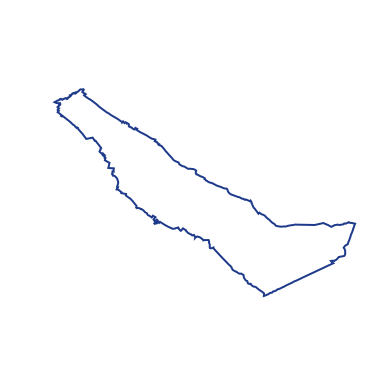 outline of Danesti, Harghita, Romania, rotated 210°
{"feature_id": "2599482B45137216184819", "entity_name": "Danesti", "entity_type": "district", "adm_level": 2, "iso_a3": "ROU", "parent_name": "Romania", "parent_adm1": "Harghita", "projection": "mercator", "projection_center": [25.693, 46.518], "detail": "fine", "context": "isolated", "style": "outline", "palette": "blue", "viewbox_px": 384, "rotation_deg": 210, "n_neighbors": 0, "source": "geoboundaries", "source_scale": "gbopen_adm2", "svg_char_len": 6000}
<svg xmlns="http://www.w3.org/2000/svg" viewBox="0 0 384 384"><g transform="rotate(210 192 192)"><path d="M336.9,226.5L337.2,226.6L337.4,226.7L338.2,226.0L339.9,225.1L340.5,223.7L340.7,222.6L341.0,222.1L341.1,221.6L341.4,221.3L341.5,220.9L341.8,220.6L341.8,220.2L342.2,220.2L342.1,219.7L342.1,219.1L342.2,218.9L342.6,218.7L343.0,218.9L343.2,219.2L343.4,219.2L343.6,218.8L344.2,218.3L344.1,218.1L344.3,217.9L344.6,217.7L344.5,217.3L344.9,217.1L345.0,216.2L345.5,215.5L345.0,215.5L344.9,215.3L345.0,214.7L345.2,214.4L345.8,214.2L345.4,213.8L345.6,212.8L346.1,212.5L346.4,211.7L346.9,211.4L347.0,211.0L346.9,210.9L346.5,210.8L346.4,210.7L346.5,210.3L346.8,210.0L347.5,209.9L348.6,210.0L350.5,207.0L351.2,207.3L351.7,207.2L352.4,206.7L352.5,206.3L352.8,206.4L353.3,205.0L353.7,204.3L354.3,203.8L355.0,202.6L355.9,201.1L353.9,201.3L351.9,202.2L351.6,202.2L351.0,202.8L350.9,202.6L350.1,202.5L349.9,202.2L349.8,201.6L350.2,200.9L350.1,200.6L350.2,200.3L350.6,200.3L350.5,199.7L350.9,198.3L348.9,197.9L349.1,197.0L349.5,196.2L349.3,195.9L349.1,196.2L348.2,195.7L347.9,195.7L348.1,193.9L347.2,193.9L343.1,193.3L343.3,192.4L342.4,192.4L342.2,193.2L332.6,191.8L328.5,190.8L327.7,190.9L326.9,190.8L326.2,190.4L324.1,189.8L323.9,190.4L323.1,190.5L322.7,190.4L322.2,189.8L321.4,189.4L315.9,187.6L310.1,185.1L305.2,189.4L301.8,187.7L301.3,188.2L292.7,184.7L292.9,183.8L292.3,183.1L292.5,181.6L292.4,180.9L291.7,180.5L289.0,180.0L288.8,180.0L288.6,180.9L286.4,180.3L287.0,179.8L285.8,179.4L285.9,179.2L287.1,179.5L287.3,179.2L284.1,178.3L284.3,177.6L283.8,177.5L283.3,175.9L278.0,176.0L276.5,171.0L273.3,172.5L272.1,173.2L271.5,173.4L271.0,172.1L270.0,170.5L271.1,170.1L270.3,167.9L270.0,168.1L269.8,168.0L269.4,167.5L269.1,166.9L268.8,166.6L268.2,166.9L267.0,167.2L265.2,166.8L263.5,166.1L261.0,163.9L260.2,162.3L259.8,160.6L259.5,159.0L258.5,159.2L258.6,156.5L258.3,156.5L258.2,157.4L252.9,156.5L252.9,155.8L252.3,155.8L248.1,157.3L247.6,155.9L243.1,155.4L242.5,155.5L239.3,154.6L234.2,152.6L233.2,152.3L232.8,151.7L232.7,151.2L232.6,151.3L232.4,151.2L231.9,150.6L231.6,150.5L231.2,150.9L230.2,151.4L229.3,151.7L228.7,151.7L228.1,151.6L227.7,151.8L227.4,151.7L227.1,152.0L224.5,151.7L222.6,151.0L220.6,151.1L219.6,150.4L218.5,150.0L216.7,150.1L214.6,150.0L214.1,149.9L214.0,151.9L211.1,151.9L211.5,148.9L209.9,148.1L209.4,147.9L208.7,150.5L207.8,150.3L207.2,150.0L208.4,147.5L208.9,146.0L208.2,145.8L207.4,147.8L206.7,147.4L205.8,149.1L205.0,148.9L204.8,150.1L198.2,149.9L195.4,150.0L190.2,150.5L188.3,152.0L188.2,152.3L186.2,154.4L185.8,154.2L185.7,153.7L184.4,153.4L183.8,153.0L182.3,152.8L182.0,153.5L181.9,154.7L181.6,156.0L179.5,155.8L178.6,156.0L177.4,155.2L176.5,155.1L175.2,154.6L173.3,154.6L171.4,154.8L171.0,154.6L170.1,154.5L169.0,155.8L168.7,155.7L167.9,155.1L167.2,155.0L166.6,154.6L166.3,153.8L166.0,154.9L165.3,156.0L163.1,156.6L162.0,156.7L158.3,156.2L158.0,155.8L157.3,156.5L153.8,158.6L153.5,158.7L152.5,157.8L152.1,156.8L151.8,156.5L150.7,155.7L150.0,154.8L148.8,152.7L148.4,152.4L147.4,152.8L146.4,153.6L145.7,154.7L144.8,153.8L134.1,150.5L123.6,147.5L121.9,147.2L120.4,146.7L118.5,145.3L117.6,144.9L114.7,144.9L113.9,145.1L110.6,144.9L109.8,145.1L108.4,146.0L107.8,145.8L106.1,146.0L104.7,144.4L104.2,143.8L101.8,142.5L101.0,142.3L99.7,142.5L99.1,142.1L98.0,140.9L97.6,140.9L96.4,141.0L95.8,141.5L95.3,141.8L95.2,141.6L93.8,141.1L92.4,140.9L91.2,140.9L90.3,141.4L89.2,141.6L85.3,140.9L80.7,140.6L78.9,140.2L77.8,137.9L76.1,139.9L75.9,140.3L74.9,141.5L73.9,143.6L72.8,144.5L72.1,145.4L72.1,146.1L71.9,146.6L71.0,147.3L70.0,148.6L69.4,149.9L69.1,150.7L68.2,151.4L66.6,153.7L65.7,155.2L65.3,155.5L63.8,158.1L59.6,164.1L59.2,165.1L57.1,167.7L56.3,169.0L55.4,170.1L53.8,172.6L34.0,201.0L35.9,201.2L37.2,201.7L36.2,202.6L35.5,203.0L34.2,203.5L34.0,204.3L33.5,204.9L32.9,206.3L32.7,207.3L32.4,209.0L31.7,209.6L31.0,210.4L29.7,211.3L28.4,212.6L28.1,213.0L28.2,214.6L29.1,216.3L29.7,217.1L30.2,218.0L31.2,218.8L32.8,219.6L32.5,222.0L32.1,222.9L31.0,224.7L31.7,227.8L31.7,228.8L31.9,229.5L32.1,230.9L33.0,234.7L33.0,235.7L33.2,236.2L33.3,237.5L33.8,240.3L34.0,240.7L34.3,242.7L34.6,244.0L34.9,246.1L38.1,245.1L40.3,244.1L41.1,244.3L41.9,243.1L42.1,242.7L42.5,242.3L42.7,241.9L43.1,241.4L44.4,240.9L44.6,240.3L44.7,239.9L44.9,239.6L46.2,238.5L46.9,237.8L47.8,237.2L49.6,236.5L52.0,234.5L53.9,231.5L57.4,231.4L62.7,230.8L69.2,224.8L86.6,215.2L87.6,214.2L90.1,212.3L92.0,210.7L93.4,209.1L95.5,207.9L97.1,206.7L100.1,205.4L102.4,204.7L104.5,205.5L106.9,205.5L108.8,205.9L110.7,206.5L114.3,207.0L117.2,207.9L118.9,207.9L120.7,207.5L123.3,207.8L123.6,206.4L129.5,209.0L130.9,209.3L135.5,212.7L135.4,212.9L137.1,213.9L137.6,212.9L141.6,212.5L141.9,211.9L143.2,211.6L144.0,211.8L145.4,211.2L148.2,211.2L149.6,210.7L157.2,209.4L158.5,209.5L160.5,210.1L163.0,212.1L164.3,212.0L165.7,211.3L167.3,211.0L169.9,210.8L170.8,210.5L174.2,209.9L176.4,209.9L177.5,209.7L178.3,209.9L181.9,209.0L183.6,208.9L184.3,209.1L185.6,209.0L186.7,209.4L187.5,209.4L187.8,210.3L190.2,210.3L193.2,209.8L196.5,209.8L196.9,209.5L197.9,209.9L198.5,210.7L198.6,211.0L198.8,212.3L199.7,212.7L200.8,212.7L202.0,212.6L203.5,212.0L205.9,210.9L206.2,210.5L206.6,210.3L207.5,210.1L211.1,210.2L213.5,209.6L214.9,209.6L216.6,209.7L217.1,209.8L217.7,210.4L218.6,210.9L220.8,210.5L223.7,210.4L226.4,211.4L230.9,212.8L233.1,213.6L235.2,214.2L237.4,215.2L241.4,216.6L243.9,216.2L244.0,216.8L245.0,216.5L245.1,217.1L247.5,217.4L247.7,217.8L248.3,217.7L248.5,217.5L249.7,217.4L249.9,219.1L253.4,218.1L256.9,218.1L259.5,218.3L267.4,217.9L271.0,218.1L271.0,219.3L273.1,219.2L273.0,218.3L273.2,217.3L274.8,217.2L275.8,217.5L277.5,217.4L277.6,217.6L277.9,217.6L279.1,217.2L280.0,217.9L280.5,219.1L282.5,219.3L282.7,218.7L284.3,219.3L284.9,217.9L287.0,218.7L287.3,217.2L287.8,217.6L292.9,218.1L300.0,218.1L304.7,218.5L305.4,218.3L314.8,219.4L318.8,220.3L326.1,221.2L327.9,221.1L331.4,221.4L333.7,221.7L333.0,223.6L334.2,223.7L334.4,223.3L337.0,223.8L337.0,224.9L336.8,225.4L336.9,225.5L336.9,226.5Z" fill="none" stroke="#1e3a8a" stroke-width="2"/></g></svg>